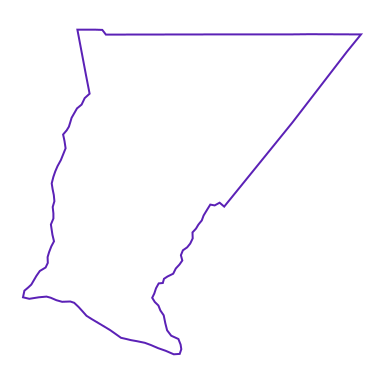 the district of Presidente Vargas, Maranhão, Brazil
{"feature_id": "56859067B97950070830683", "entity_name": "Presidente Vargas", "entity_type": "district", "adm_level": 2, "iso_a3": "BRA", "parent_name": "Brazil", "parent_adm1": "Maranhão", "projection": "albers", "projection_center": [-44.012, -3.405], "detail": "fine", "context": "isolated", "style": "outline", "palette": "violet", "viewbox_px": 384, "rotation_deg": 0, "n_neighbors": 0, "source": "geoboundaries", "source_scale": "gbopen_adm2", "svg_char_len": 1404}
<svg xmlns="http://www.w3.org/2000/svg" viewBox="0 0 384 384"><path d="M102.3,29.9L96.1,29.7L77.4,29.7L86.0,75.2L89.6,93.7L84.7,98.1L81.6,104.6L77.0,108.4L71.6,117.8L70.2,122.5L68.9,126.7L66.7,130.3L63.1,134.5L64.5,141.0L65.6,148.3L60.9,160.0L57.5,166.2L55.3,171.3L53.4,176.8L51.7,183.4L52.6,189.1L53.8,195.0L54.4,201.2L52.7,207.0L53.4,213.4L53.4,218.5L50.9,224.5L52.4,234.6L54.0,241.3L51.3,246.4L49.1,252.1L47.6,257.1L47.8,262.9L45.6,267.5L39.8,271.0L36.4,275.9L31.3,284.6L28.2,287.5L24.4,290.7L23.0,297.3L29.3,298.8L38.8,297.3L46.5,296.6L50.6,297.7L56.4,300.2L62.1,301.8L70.3,301.5L74.2,302.8L78.5,306.9L82.7,311.5L86.5,315.8L91.4,318.9L98.8,323.3L105.0,327.0L110.1,330.1L114.4,333.1L121.0,337.8L126.3,339.0L130.8,340.1L137.0,341.2L144.8,342.8L150.8,345.0L158.0,348.1L165.7,350.8L173.8,354.3L179.7,353.9L181.3,349.2L180.6,344.6L178.4,339.0L171.2,335.7L167.1,330.3L165.3,323.2L163.7,315.3L160.4,310.5L158.4,305.5L154.8,302.0L152.2,297.8L154.3,293.5L156.0,288.3L158.7,283.4L162.8,283.0L164.0,278.8L167.5,276.5L173.2,273.7L175.8,268.5L179.5,264.5L182.3,260.5L180.9,255.2L182.9,250.3L187.1,247.4L190.2,243.6L192.7,238.4L192.5,232.4L196.0,228.6L198.4,224.6L201.8,220.4L203.6,215.5L207.3,209.4L210.3,204.6L214.7,205.4L219.6,202.7L224.2,206.6L292.4,122.5L347.0,51.6L361.0,34.4L356.5,34.4L309.5,34.2L290.4,34.4L280.6,34.4L223.7,34.4L105.9,34.6L102.3,29.9Z" fill="none" stroke="#5b21b6" stroke-width="2"/></svg>